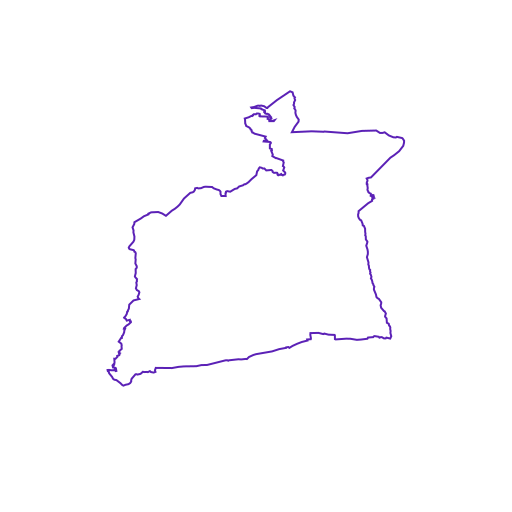 the district of Hurezani, Gorj, Romania, rotated 333°
{"feature_id": "2599482B54344655649638", "entity_name": "Hurezani", "entity_type": "district", "adm_level": 2, "iso_a3": "ROU", "parent_name": "Romania", "parent_adm1": "Gorj", "projection": "robinson", "projection_center": [23.638, 44.803], "detail": "fine", "context": "isolated", "style": "outline", "palette": "violet", "viewbox_px": 512, "rotation_deg": 333, "n_neighbors": 0, "source": "geoboundaries", "source_scale": "gbopen_adm2", "svg_char_len": 6109}
<svg xmlns="http://www.w3.org/2000/svg" viewBox="0 0 512 512"><g transform="rotate(333 256 256)"><path d="M338.1,390.5L340.1,388.9L340.8,385.6L341.9,383.9L342.4,382.0L343.2,380.7L343.4,379.4L343.0,378.5L343.5,376.6L342.3,374.9L344.0,370.9L343.5,368.9L343.6,368.3L345.6,366.2L345.5,363.7L345.0,363.2L344.0,358.9L344.7,356.4L345.8,355.4L346.6,354.1L346.0,350.0L345.1,348.7L344.7,347.2L345.4,344.8L345.8,339.5L346.6,338.0L347.5,337.2L347.4,335.3L347.7,334.3L347.5,333.2L348.1,331.3L348.4,329.4L348.2,328.2L349.4,327.0L349.8,324.8L349.6,323.6L350.6,322.6L350.5,321.8L351.4,320.2L351.0,319.5L351.3,317.9L352.2,315.8L352.2,314.6L353.3,312.8L354.3,307.4L356.5,305.1L357.6,303.0L358.3,300.8L358.9,296.9L361.3,294.5L361.8,293.7L361.4,291.1L362.8,288.2L362.7,287.1L363.6,286.0L364.2,284.1L365.6,281.2L365.8,278.1L365.0,277.2L365.6,275.6L365.9,272.0L365.1,271.0L364.8,268.8L365.0,267.1L365.9,265.2L366.8,264.4L367.8,262.6L379.9,259.9L384.5,259.6L385.1,258.2L386.6,258.2L386.3,257.0L386.6,256.9L387.4,257.3L387.1,256.5L388.0,256.4L388.3,255.1L387.8,254.7L386.3,255.6L385.5,254.4L386.2,253.8L386.6,252.6L385.8,251.7L385.1,250.2L385.4,249.5L385.2,248.6L385.4,247.5L386.4,246.2L387.2,243.8L387.8,242.8L387.3,242.4L387.3,242.0L387.9,241.6L388.1,240.7L389.4,239.7L389.8,238.9L389.8,237.2L391.7,237.4L394.1,238.2L420.4,229.4L424.7,228.9L431.1,227.6L437.2,224.7L439.3,222.3L440.3,220.5L440.0,217.8L439.7,217.2L435.6,213.8L434.4,213.9L432.3,212.6L429.1,208.9L426.8,204.2L424.6,203.8L422.3,202.6L420.1,198.8L407.1,192.6L393.3,188.2L373.4,176.1L372.8,176.1L362.3,170.2L344.2,162.0L349.1,158.5L354.9,155.6L356.0,153.8L355.5,150.6L355.6,148.4L356.1,146.3L357.3,144.4L357.4,143.2L357.1,141.9L358.1,140.8L357.9,138.5L359.0,137.7L359.6,136.4L361.7,134.8L361.8,133.2L362.2,132.5L362.7,132.3L362.1,130.2L362.9,126.8L361.1,124.7L345.4,126.6L333.4,129.0L334.0,129.7L332.6,128.9L331.3,126.3L328.8,124.2L327.5,124.0L327.0,123.4L325.6,122.8L322.0,122.4L319.2,121.5L319.3,122.3L321.7,123.2L327.3,126.7L327.7,127.3L327.5,127.7L330.0,130.3L329.7,131.1L329.2,130.8L328.6,131.4L329.0,132.6L328.9,133.1L329.8,134.1L330.7,134.4L331.8,135.8L332.2,138.0L331.7,138.4L332.2,138.6L332.5,139.3L332.0,139.9L332.1,140.3L331.0,140.4L330.7,142.2L332.0,143.1L334.2,143.4L333.1,143.9L329.1,141.9L329.7,140.2L328.6,139.1L329.1,138.4L329.2,137.8L329.8,137.1L322.9,133.4L322.6,132.7L323.4,132.2L323.8,131.1L323.0,130.3L321.4,129.4L320.2,129.7L318.5,128.7L317.2,128.9L317.1,129.4L316.2,129.6L315.4,129.1L312.5,129.1L308.4,128.4L308.2,129.4L306.5,133.2L306.6,133.9L306.3,135.7L308.1,138.1L308.8,139.8L308.6,140.8L309.0,141.2L309.2,142.0L308.7,143.0L308.8,144.4L309.3,144.6L310.2,146.3L318.8,154.0L317.5,154.9L318.2,157.8L315.3,156.9L314.8,157.4L320.3,160.8L320.7,161.6L320.5,162.1L319.0,162.9L317.2,166.4L317.3,166.7L318.6,167.8L318.1,169.2L317.3,169.2L317.0,173.2L315.9,174.4L318.1,177.8L318.5,177.9L323.6,183.3L323.1,184.1L323.2,185.2L320.8,188.1L321.2,188.8L321.4,189.9L319.0,192.2L319.9,194.9L319.4,196.0L318.6,196.5L317.1,196.1L316.6,196.3L316.4,195.7L315.3,195.2L315.5,194.4L312.7,194.3L312.3,194.0L312.1,193.2L312.7,192.5L312.6,191.5L311.7,190.9L309.8,190.1L309.0,188.8L309.3,187.6L308.7,186.3L304.0,184.4L303.2,181.8L301.8,181.2L301.1,180.0L299.6,178.7L298.2,179.3L297.1,180.4L295.4,181.1L293.0,184.1L286.9,185.5L282.9,186.8L280.3,187.2L278.9,187.2L278.2,186.8L276.5,187.1L272.5,186.4L269.9,187.2L267.5,186.6L262.2,187.0L259.9,185.2L258.8,185.0L258.4,185.1L257.9,186.1L257.3,186.2L256.2,188.8L252.4,186.8L252.5,184.7L253.6,182.5L253.4,181.5L252.8,180.3L251.2,178.9L249.0,176.4L248.2,174.6L242.4,171.3L240.9,170.8L237.8,170.6L235.3,169.6L234.5,168.6L232.5,168.1L231.5,169.4L229.8,170.4L228.5,170.5L226.1,169.9L217.9,172.1L211.4,175.5L208.5,176.4L205.1,177.1L201.6,177.4L194.0,179.3L191.7,175.5L188.8,172.4L182.4,169.5L179.3,169.4L179.1,170.1L174.2,169.7L170.4,170.3L163.0,170.7L162.1,172.2L159.0,174.4L158.5,177.6L157.5,179.3L156.5,183.5L154.9,186.3L153.3,187.6L147.6,189.9L146.4,190.8L146.3,191.9L146.7,192.7L149.6,195.2L149.8,195.7L149.6,197.0L150.2,197.7L150.1,199.0L147.6,203.0L147.2,204.5L145.1,207.9L145.1,210.9L144.7,211.9L143.8,212.7L142.8,213.0L141.1,216.6L138.8,219.2L138.8,220.1L139.5,222.6L138.9,223.3L138.5,224.4L137.3,225.3L136.5,227.8L134.3,230.3L134.4,232.3L135.6,234.1L135.6,235.4L133.8,237.3L132.1,238.5L132.0,240.1L132.4,241.3L126.7,240.0L121.0,241.8L118.8,245.2L117.0,246.5L116.6,247.2L115.9,247.2L114.5,249.0L112.1,250.5L110.5,251.0L110.5,251.4L111.5,253.1L111.5,254.9L114.6,255.6L114.1,256.9L114.8,257.4L114.5,258.2L111.4,259.1L109.3,259.2L105.8,260.3L105.3,260.8L106.3,261.4L104.8,262.7L103.9,264.1L102.4,265.4L101.4,266.2L100.1,266.6L99.3,268.1L98.6,267.8L94.8,270.0L96.2,272.9L95.8,274.6L95.3,275.2L94.2,277.8L91.1,278.6L90.9,279.1L90.0,279.2L89.9,280.0L90.5,280.8L89.7,281.0L89.6,282.0L89.0,282.3L87.0,282.0L86.7,282.9L84.1,283.8L83.1,283.2L81.7,286.5L80.4,288.3L79.7,288.8L79.8,287.8L78.5,288.3L78.0,290.4L79.6,291.5L80.2,292.4L79.4,295.0L78.7,294.8L78.9,293.6L78.3,293.0L77.5,293.3L76.9,293.0L75.3,292.2L73.4,290.8L72.0,290.2L71.9,290.5L71.7,291.4L72.3,292.3L71.9,293.8L72.9,298.4L72.9,300.5L73.6,301.9L75.3,303.2L77.5,307.8L78.2,310.1L79.0,311.3L81.3,311.5L84.2,312.3L86.2,312.1L87.8,311.2L88.4,310.0L89.5,308.9L94.9,306.7L95.9,307.1L96.5,307.8L99.6,308.6L102.7,307.8L103.4,308.5L106.4,309.9L106.9,310.4L109.2,310.4L109.7,311.7L111.9,313.4L113.8,313.6L114.1,311.9L115.9,310.2L130.3,317.7L136.6,319.6L141.8,321.7L152.8,327.1L157.8,328.4L163.0,330.9L181.4,335.1L183.0,335.8L183.7,336.7L184.4,336.6L193.4,340.0L196.0,341.5L200.0,343.0L201.1,343.7L203.9,342.8L208.7,343.0L211.5,343.5L227.0,348.3L234.4,349.5L241.1,351.5L241.4,351.1L243.5,351.8L244.0,353.0L247.8,352.7L252.9,352.9L257.7,353.4L263.5,354.7L263.7,353.6L267.0,355.0L267.6,354.2L268.6,350.9L269.5,349.4L276.8,352.9L280.1,355.8L280.9,356.3L281.6,356.1L284.9,359.0L290.2,362.0L290.2,362.6L288.6,365.9L289.1,366.5L298.8,370.6L302.4,372.5L307.8,376.5L311.6,378.1L317.7,380.3L318.8,379.5L323.6,381.5L324.5,381.1L325.3,381.2L328.7,383.7L328.9,384.8L330.6,385.0L331.4,385.6L332.6,387.5L334.2,388.3L335.1,387.9L338.1,390.5Z" fill="none" stroke="#5b21b6" stroke-width="2"/></g></svg>